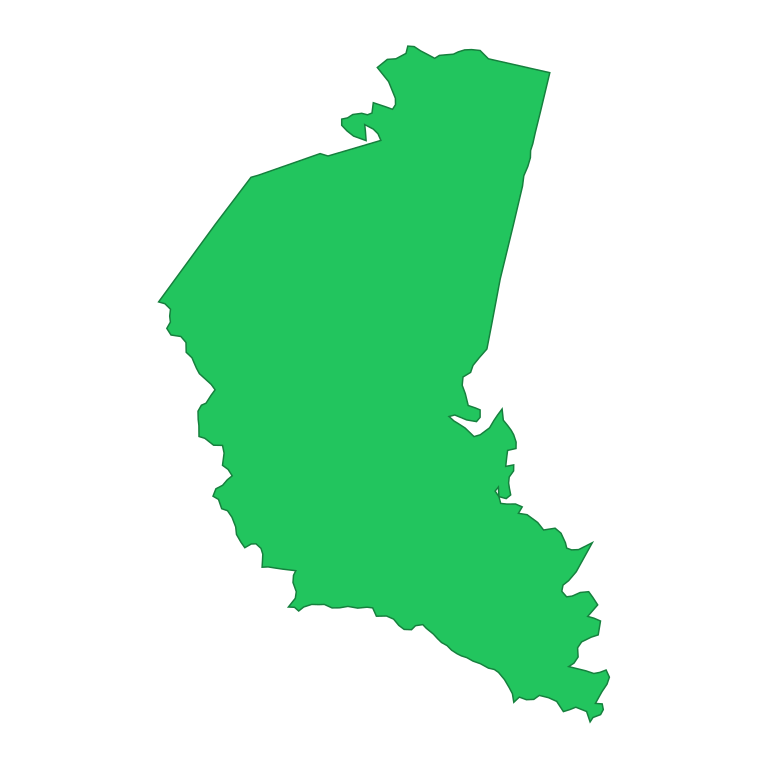 outline of Tomazina, Paraná, Brazil, rotated 180°
{"feature_id": "56859067B70254716522130", "entity_name": "Tomazina", "entity_type": "district", "adm_level": 2, "iso_a3": "BRA", "parent_name": "Brazil", "parent_adm1": "Paraná", "projection": "orthographic", "projection_center": [-49.982, -23.721], "detail": "fine", "context": "isolated", "style": "filled", "palette": "green", "viewbox_px": 768, "rotation_deg": 180, "n_neighbors": 0, "source": "geoboundaries", "source_scale": "gbopen_adm2", "svg_char_len": 3226}
<svg xmlns="http://www.w3.org/2000/svg" viewBox="0 0 768 768"><g transform="rotate(180 384 384)"><path d="M447.9,614.4L509.9,592.7L517.0,590.7L552.6,543.8L609.4,466.1L603.1,464.3L597.5,458.8L598.3,451.9L597.6,445.9L601.2,439.6L597.0,433.0L587.1,431.5L582.0,425.5L581.8,415.7L576.0,410.2L573.9,405.2L571.5,399.7L568.6,394.3L556.8,383.6L552.9,378.2L556.8,372.9L562.0,364.8L566.6,362.8L570.0,356.8L569.8,348.5L569.1,342.4L569.0,331.5L563.2,329.7L554.4,322.8L545.5,322.6L543.9,314.9L545.5,302.7L539.9,298.6L535.8,292.2L540.7,288.2L545.4,282.7L552.1,279.2L555.0,271.8L549.5,268.6L546.3,259.3L540.5,257.3L536.0,250.7L532.3,241.1L531.5,233.5L527.1,225.9L523.2,220.3L516.8,224.0L512.0,224.2L507.0,219.6L505.2,213.8L505.5,207.4L505.9,200.8L499.9,201.1L493.0,200.0L485.6,198.9L472.2,197.3L474.5,192.7L475.0,185.5L471.7,176.3L472.7,169.7L479.6,161.0L473.5,160.7L469.3,157.0L464.3,161.0L456.3,163.6L449.1,163.4L443.7,163.6L436.0,160.1L428.3,160.2L420.1,161.6L410.3,159.9L400.9,160.8L395.3,160.1L391.6,151.8L381.5,152.0L374.4,148.9L369.2,142.6L363.9,138.6L356.5,138.3L352.5,142.3L345.2,143.4L341.7,139.7L334.6,133.9L330.4,129.3L326.5,125.5L320.9,122.4L316.4,117.8L311.0,114.3L306.6,112.1L301.2,110.4L295.0,106.9L287.6,104.3L279.6,99.9L273.6,98.5L269.5,95.6L263.5,88.4L258.8,80.4L255.6,74.3L254.2,65.7L248.7,70.9L241.6,68.3L234.2,68.6L228.7,72.6L219.4,70.3L211.3,66.6L204.6,56.4L198.2,58.4L192.2,60.8L181.4,56.5L177.9,46.1L175.0,50.5L167.4,53.4L164.7,58.4L165.8,64.1L172.6,64.6L166.0,76.4L161.0,83.8L158.6,90.8L161.9,98.0L168.2,95.6L174.2,94.5L182.2,97.2L199.3,101.4L194.0,104.9L189.9,111.0L190.4,120.2L186.4,126.1L176.9,130.8L169.8,133.1L167.5,147.0L174.0,149.8L180.3,151.6L170.3,163.1L175.3,170.8L179.3,176.3L187.8,175.5L195.9,171.9L201.4,171.2L206.2,176.7L205.0,182.9L199.4,187.3L191.8,196.2L186.7,205.4L175.7,225.3L189.4,218.4L196.4,218.1L201.3,219.9L202.6,225.3L207.0,234.8L212.9,239.8L224.4,238.0L230.3,245.5L240.9,253.3L249.6,254.7L245.8,261.1L252.5,264.0L261.0,263.9L267.3,264.6L269.1,271.4L261.8,269.4L257.3,273.1L258.6,279.7L259.4,285.0L258.8,291.0L254.4,297.1L254.3,303.1L262.3,301.6L261.2,311.5L260.4,317.6L252.0,319.5L251.9,325.9L254.3,333.2L256.8,337.7L260.2,342.3L264.7,347.8L265.9,359.0L270.4,353.0L274.1,347.5L278.4,340.2L287.8,333.2L294.0,331.4L302.9,340.0L309.7,344.4L314.0,347.0L319.0,351.5L313.2,353.0L301.4,348.1L291.5,346.4L287.9,350.7L287.9,358.1L292.7,360.1L299.8,362.5L302.7,374.3L305.8,382.7L305.0,391.0L297.4,395.6L295.0,402.6L288.5,410.6L281.1,419.0L276.5,442.7L267.8,489.0L254.7,542.8L253.1,549.6L245.5,581.8L244.2,592.2L240.2,601.5L237.6,610.3L237.4,617.5L235.2,624.3L232.8,635.1L227.6,656.1L218.2,695.3L279.6,709.2L287.9,717.5L296.4,718.4L303.3,718.1L309.8,716.1L314.6,713.8L321.0,713.3L328.6,712.6L333.3,709.7L340.4,713.5L347.5,717.2L353.8,721.4L360.2,721.9L362.0,714.6L372.1,709.2L380.7,708.6L390.7,700.5L383.1,691.0L379.4,686.4L372.6,669.7L372.5,663.3L375.5,658.7L382.1,661.1L394.7,665.3L396.0,655.0L400.5,653.2L406.3,654.7L415.2,653.5L420.5,650.1L426.3,648.9L426.3,642.7L421.0,637.1L414.4,631.9L401.9,627.4L402.6,636.9L403.3,643.4L394.7,638.9L390.0,634.2L387.1,627.6L440.0,612.0L447.9,614.4ZM269.1,271.4L272.9,276.9L269.6,281.0L269.1,271.4Z" fill="#22c55e" stroke="#15803d" stroke-width="1.5"/></g></svg>